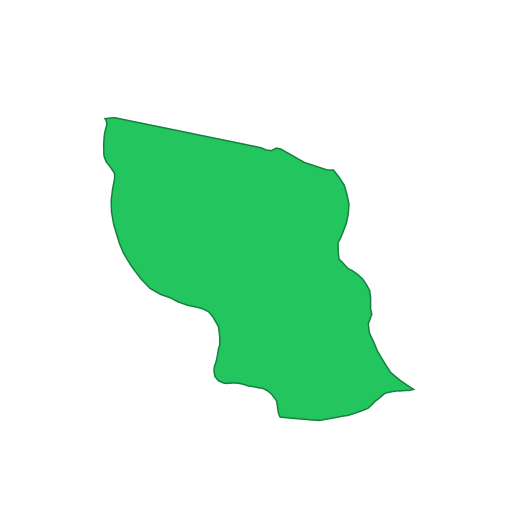 Dame De Traversay, Anse-la-Raye, Saint Lucia (Robinson projection), rotated 149°
{"feature_id": "8701671B44154359269961", "entity_name": "Dame De Traversay", "entity_type": "district", "adm_level": 2, "iso_a3": "LCA", "parent_name": "Saint Lucia", "parent_adm1": "Anse-la-Raye", "projection": "robinson", "projection_center": [-60.986, 13.918], "detail": "fine", "context": "isolated", "style": "filled", "palette": "green", "viewbox_px": 512, "rotation_deg": 149, "n_neighbors": 0, "source": "geoboundaries", "source_scale": "gbopen_adm2", "svg_char_len": 3233}
<svg xmlns="http://www.w3.org/2000/svg" viewBox="0 0 512 512"><g transform="rotate(149 256 256)"><path d="M166.4,311.4L179.7,335.0L183.1,338.1L188.5,338.4L192.5,341.4L196.0,346.3L297.6,439.7L302.7,444.4L303.9,445.5L305.1,446.6L306.0,447.5L314.4,451.3L314.7,451.5L314.7,449.0L316.1,445.5L320.4,441.4L323.2,438.4L323.5,438.1L329.0,430.2L330.2,428.2L332.3,424.5L334.2,421.2L334.7,420.1L335.0,419.0L335.2,417.7L335.5,416.2L335.8,414.7L335.8,413.4L335.2,408.6L335.0,406.5L334.7,399.5L335.3,398.6L337.0,395.7L337.9,394.5L342.9,389.0L344.5,387.2L345.9,385.5L347.1,383.8L349.8,380.5L350.3,379.9L351.9,377.5L352.7,376.2L354.4,373.1L355.6,371.0L356.9,368.7L357.5,367.3L358.4,364.9L360.4,359.8L361.4,357.2L361.8,356.1L362.1,355.2L363.1,351.0L364.3,346.4L365.1,343.0L366.1,339.1L366.3,338.6L366.6,336.8L367.2,333.1L367.4,331.2L367.6,329.9L368.0,327.8L368.0,326.4L368.0,326.1L368.1,321.7L368.1,320.0L368.1,317.2L368.1,312.1L367.6,307.2L367.6,306.7L367.5,305.9L366.5,296.3L366.3,295.1L365.0,289.5L364.6,287.7L363.9,284.6L363.7,283.6L363.6,282.9L363.2,282.3L359.6,275.8L358.9,274.6L357.6,272.3L357.4,272.0L355.7,269.9L354.7,268.8L350.5,263.6L347.0,257.6L346.7,257.1L341.1,250.3L339.3,248.3L339.1,248.0L337.4,246.6L336.6,245.9L334.2,243.6L332.6,242.1L329.4,238.7L328.3,237.4L327.0,235.2L325.5,233.0L325.3,232.2L324.3,226.1L324.3,225.3L324.4,220.2L324.4,219.6L324.5,215.1L325.2,213.3L326.4,210.6L326.6,210.0L328.3,206.2L329.0,204.9L330.4,202.5L332.6,198.8L335.9,195.8L338.1,193.2L338.5,192.8L340.5,190.4L343.9,186.7L346.1,184.7L347.6,183.6L348.3,183.0L349.1,182.0L350.4,180.3L351.2,179.2L351.6,178.1L352.8,175.1L353.3,174.2L353.0,172.3L352.8,170.5L352.4,168.3L352.3,168.1L349.7,164.5L349.3,164.0L348.8,163.5L348.4,163.1L347.6,162.4L346.1,161.5L343.2,160.1L342.7,159.8L340.3,158.6L337.3,156.5L335.0,154.5L334.0,153.6L333.2,152.8L330.6,149.9L330.1,149.3L328.4,147.6L325.1,145.0L323.2,143.2L322.3,142.3L321.2,141.2L318.5,139.2L318.2,138.9L317.8,138.2L316.8,136.6L316.2,135.6L315.8,134.9L315.6,134.6L313.9,130.1L313.4,125.7L313.2,124.2L313.0,120.8L313.8,119.1L315.0,116.2L315.3,115.7L316.0,113.9L317.3,110.8L317.5,110.3L317.9,108.5L318.3,106.0L318.2,105.5L317.3,104.7L313.2,101.7L309.3,98.8L301.5,93.2L296.1,89.3L291.4,85.9L290.0,84.9L288.5,83.9L286.9,82.8L285.9,82.2L285.4,82.0L282.7,81.0L277.0,78.8L271.1,76.6L263.8,73.9L262.5,73.4L260.5,72.4L257.6,71.6L256.1,71.2L255.5,71.1L254.5,70.8L253.0,70.5L247.7,69.4L245.6,68.9L241.7,68.3L239.1,67.9L238.0,67.8L236.2,68.2L235.0,68.5L232.6,69.0L228.9,70.0L227.4,70.3L225.6,70.3L223.6,70.8L222.8,70.8L221.0,71.1L220.8,71.2L218.8,71.5L217.0,71.7L215.6,71.8L213.2,71.0L209.5,69.7L209.1,69.6L206.8,68.6L206.1,68.3L204.5,67.8L203.5,67.0L202.7,66.5L201.4,65.8L200.4,65.4L196.3,63.3L194.1,61.9L193.1,61.6L191.4,61.1L189.6,60.5L192.2,65.6L196.8,75.8L199.7,84.3L200.6,87.3L200.9,96.5L200.9,111.6L199.4,121.8L198.8,128.4L198.3,132.0L194.8,139.9L186.8,146.4L185.0,151.7L179.3,161.2L176.4,167.8L176.1,175.0L176.4,180.9L178.1,187.2L181.0,193.8L183.6,198.0L185.6,207.6L186.5,210.5L183.6,216.8L178.7,225.3L176.1,226.6L170.1,230.9L161.7,237.5L155.1,244.7L149.6,252.6L146.5,261.5L143.9,271.0L144.2,280.2L145.3,289.8L148.9,291.9L150.8,293.2L165.6,310.4L166.4,311.4Z" fill="#22c55e" stroke="#15803d" stroke-width="1.5"/></g></svg>